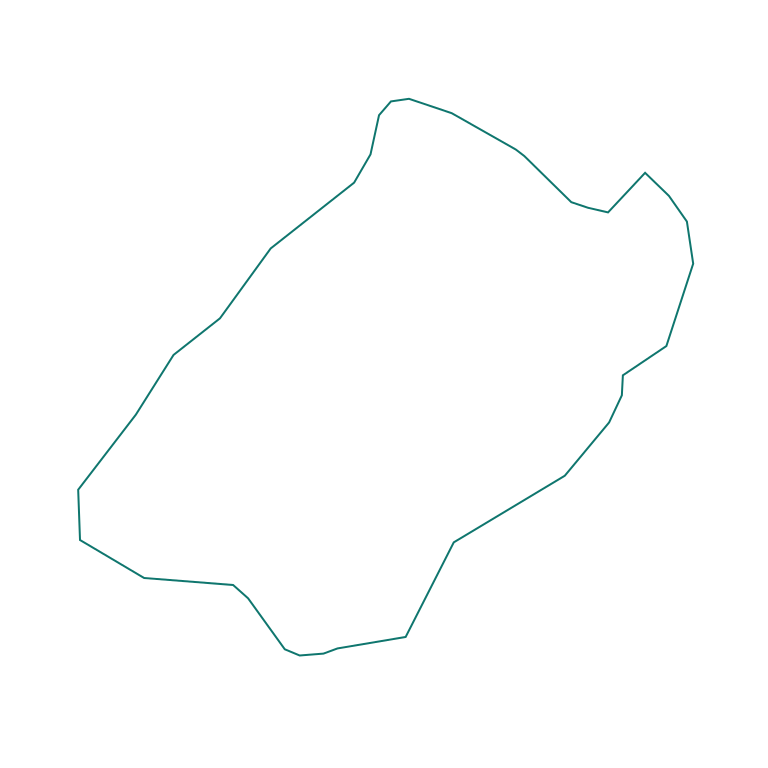 SVG path tracing the border of Lovrenc na Pohorju, rotated 13°
{"feature_id": "SVN-235", "entity_name": "Lovrenc na Pohorju", "entity_type": "Municipality", "adm_level": 1, "iso_a3": "SVN", "parent_name": "Slovenia", "parent_adm1": "", "projection": "equal_earth", "projection_center": [15.394, 46.529], "detail": "fine", "context": "isolated", "style": "outline", "palette": "teal", "viewbox_px": 768, "rotation_deg": 13, "n_neighbors": 0, "source": "natural_earth", "source_scale": "10m", "svg_char_len": 597}
<svg xmlns="http://www.w3.org/2000/svg" viewBox="0 0 768 768"><g transform="rotate(13 384 384)"><path d="M344.2,100.5L389.1,104.9L459.7,125.9L469.4,130.3L525.6,164.7L543.2,166.4L563.7,166.4L590.9,119.5L619.3,136.6L642.6,157.6L658.2,197.2L650.6,283.5L614.8,321.8L618.3,341.5L612.0,370.8L580.8,432.7L487.6,522.6L462.0,625.6L398.2,652.1L385.7,660.3L362.9,667.5L347.0,664.8L299.8,623.4L282.2,613.8L193.9,627.0L122.9,604.4L109.8,555.8L149.1,469.7L172.4,403.0L209.4,356.9L243.1,277.4L309.6,194.5L319.2,163.3L318.7,123.2L327.2,107.1L344.2,100.5Z" fill="none" stroke="#0f766e" stroke-width="2"/></g></svg>